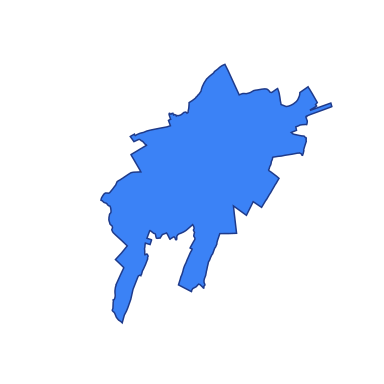 outline of Barlad, Vaslui, Romania, rotated 209°
{"feature_id": "2599482B4084623098698", "entity_name": "Barlad", "entity_type": "district", "adm_level": 2, "iso_a3": "ROU", "parent_name": "Romania", "parent_adm1": "Vaslui", "projection": "albers", "projection_center": [27.671, 46.233], "detail": "fine", "context": "isolated", "style": "filled", "palette": "blue", "viewbox_px": 384, "rotation_deg": 209, "n_neighbors": 0, "source": "geoboundaries", "source_scale": "gbopen_adm2", "svg_char_len": 6049}
<svg xmlns="http://www.w3.org/2000/svg" viewBox="0 0 384 384"><g transform="rotate(209 192 192)"><path d="M237.9,268.8L237.1,267.3L235.8,264.5L235.3,263.2L234.7,261.2L234.3,260.3L234.0,259.6L234.6,258.5L235.8,258.9L236.4,258.8L237.7,257.6L238.8,254.7L239.4,253.7L240.9,252.2L242.4,251.5L242.6,250.9L243.3,251.5L245.0,251.2L245.5,250.5L246.9,251.6L248.1,250.5L248.0,250.1L249.0,249.4L249.7,250.0L250.0,249.7L249.8,248.9L249.0,248.0L245.9,245.2L246.4,244.7L247.3,243.2L243.0,239.5L245.6,236.7L251.3,232.0L257.2,227.0L258.9,225.5L261.2,223.3L263.2,220.7L265.5,218.6L266.0,218.1L268.0,215.5L269.0,213.8L270.0,214.3L270.4,214.7L272.3,211.7L272.9,210.6L267.2,207.9L264.1,212.1L263.5,212.5L263.1,212.6L262.4,212.5L261.0,212.2L259.9,212.4L259.5,212.3L258.4,211.9L255.9,211.0L255.5,211.0L254.9,211.1L254.4,210.8L257.9,204.9L260.1,201.0L263.5,195.2L262.9,194.7L249.1,186.5L246.5,184.8L253.0,180.8L254.7,179.3L256.0,177.0L260.7,167.9L261.8,166.2L262.5,164.8L262.1,160.9L262.4,159.5L262.8,156.3L263.7,151.4L264.4,150.5L266.1,149.8L267.3,149.1L268.0,147.6L268.2,145.8L268.3,143.2L268.0,141.6L267.6,140.6L266.2,140.8L264.0,140.2L261.5,140.6L260.7,140.5L260.0,140.0L258.8,139.7L258.1,139.6L256.9,139.9L256.4,139.5L255.4,138.6L254.7,137.7L253.9,136.6L253.2,135.3L253.0,134.5L253.3,132.9L253.2,132.1L252.7,130.9L252.4,129.7L252.0,129.0L251.7,128.3L251.3,127.5L250.6,126.6L248.9,125.0L248.2,124.2L246.8,123.8L245.5,123.6L245.3,123.4L244.9,123.1L244.4,122.5L244.1,121.9L244.0,121.3L244.0,120.6L243.9,120.2L243.7,119.9L243.3,119.6L242.7,119.2L242.3,118.8L241.0,118.2L238.1,117.4L229.3,115.3L222.5,113.5L224.1,104.4L226.2,95.8L221.5,94.6L218.9,93.9L216.4,93.2L215.2,92.9L214.9,92.5L214.4,85.1L213.7,76.6L213.5,73.9L213.2,73.8L212.9,72.0L212.7,71.3L211.6,68.5L210.9,67.2L210.3,66.2L209.7,65.4L209.0,64.3L208.7,63.7L208.2,62.3L208.0,61.1L207.9,60.3L208.1,60.1L208.7,59.3L207.9,58.6L207.4,57.2L204.7,51.8L204.5,50.0L203.9,49.5L203.3,49.3L201.9,49.0L201.0,48.6L199.2,47.2L197.5,45.8L195.7,45.0L194.1,44.4L191.4,44.2L189.6,43.7L191.5,51.5L191.6,56.0L192.0,59.5L193.5,68.4L196.4,78.3L198.1,91.1L198.2,92.6L197.4,93.8L196.7,94.1L196.2,94.0L196.3,94.6L196.2,95.3L197.1,99.0L197.1,100.9L197.5,105.9L198.3,111.6L198.3,112.0L199.0,112.8L199.3,114.7L201.0,115.9L201.7,115.7L202.7,114.3L203.0,114.5L203.9,115.9L204.5,117.1L206.1,119.5L206.5,120.9L207.5,123.1L208.0,124.7L203.2,125.7L204.1,130.4L204.3,130.6L209.0,129.7L210.0,136.4L210.2,137.2L210.2,137.8L209.9,138.0L206.0,137.4L205.4,137.3L204.8,137.5L204.2,137.6L203.7,137.4L203.2,137.0L201.7,135.2L200.7,134.4L199.4,134.9L198.3,135.9L197.6,136.1L197.3,140.4L194.4,143.8L192.7,142.9L188.5,140.0L188.3,140.0L188.0,140.9L186.3,143.8L186.0,144.0L185.4,144.0L184.7,143.7L184.1,143.1L183.4,142.5L182.9,142.4L182.6,142.6L182.4,142.9L182.5,143.4L182.9,144.2L183.7,145.6L183.8,146.2L183.8,147.0L183.7,147.7L183.3,148.7L182.7,149.5L181.8,150.5L180.1,152.8L179.1,154.5L178.5,155.7L176.7,160.6L175.6,163.8L175.1,163.5L174.0,162.8L173.2,162.1L172.5,161.3L172.4,160.9L172.4,159.7L172.3,159.4L171.9,159.0L170.3,158.0L170.1,157.7L170.0,156.9L169.3,154.7L169.1,154.3L168.3,153.8L167.2,153.2L166.6,152.2L166.5,151.5L166.6,149.7L166.6,147.7L166.6,146.1L166.6,145.2L166.6,142.4L166.5,142.1L166.2,141.9L164.5,142.3L164.3,142.2L164.1,141.8L164.0,140.0L164.1,139.1L164.0,137.1L163.5,132.0L163.4,130.5L162.9,126.9L162.9,126.0L162.7,123.4L162.2,120.6L161.5,118.2L160.8,114.7L160.6,112.3L160.0,110.0L158.8,104.2L144.2,104.6L144.2,104.9L144.6,105.7L144.5,107.9L142.4,111.2L141.6,114.6L140.0,114.9L139.1,114.6L136.5,113.9L135.4,113.5L135.1,113.8L135.8,115.1L135.9,115.5L135.6,116.5L135.7,117.0L136.0,117.5L137.0,118.2L137.5,118.6L138.5,120.2L138.7,120.8L139.1,122.0L139.6,125.6L140.1,127.1L140.5,128.3L141.0,129.7L141.4,131.3L142.3,134.1L143.1,137.0L143.5,138.2L143.7,139.0L143.6,140.1L143.6,141.0L143.8,142.4L144.0,143.6L144.2,146.6L144.0,147.5L144.0,148.1L144.8,153.1L144.9,154.0L144.7,155.1L145.0,158.4L145.7,160.0L146.2,162.0L147.5,169.1L139.3,173.7L133.0,177.5L145.2,194.5L149.0,199.9L133.1,198.0L133.8,213.2L123.7,212.3L123.4,221.0L123.2,221.2L123.1,227.3L122.9,229.4L122.9,232.4L122.8,236.5L122.8,238.4L122.6,240.7L122.6,243.1L122.5,246.1L125.7,246.8L132.8,247.8L134.6,247.9L135.2,248.1L135.7,248.4L135.8,248.7L135.7,249.6L136.2,251.3L136.3,252.4L136.3,253.7L136.5,254.7L136.8,255.7L137.4,257.2L137.4,258.2L137.7,260.1L138.2,261.1L138.1,261.7L134.0,264.9L131.1,266.9L128.6,269.1L122.9,273.5L118.6,277.1L117.4,277.8L117.0,278.3L115.8,278.3L115.2,278.4L114.8,278.3L114.0,277.7L113.6,277.5L113.1,277.7L113.5,279.9L114.2,282.4L114.8,283.0L115.7,287.0L116.6,291.7L117.7,293.2L117.7,293.6L118.3,294.6L118.7,294.8L119.0,294.6L119.4,294.6L120.7,295.2L121.4,295.1L123.4,294.2L124.5,293.9L124.9,293.7L128.2,292.7L131.3,291.8L132.3,291.8L134.1,292.2L130.5,296.6L132.8,299.3L131.4,300.9L129.9,303.0L128.2,304.3L125.1,306.3L124.4,306.5L124.5,307.3L125.1,309.0L125.6,310.0L128.6,312.6L128.8,313.0L128.2,313.6L128.6,313.9L125.9,317.3L116.4,328.2L111.2,334.3L111.1,334.5L113.7,337.1L127.9,321.0L128.3,321.4L127.7,322.3L126.3,324.6L124.7,327.6L126.3,328.3L125.8,331.0L134.0,336.0L139.0,338.9L140.6,339.7L141.5,340.3L145.9,331.3L145.3,330.1L144.8,328.6L144.6,327.9L144.5,326.6L144.3,324.9L144.3,323.5L144.6,321.7L145.9,318.5L146.4,317.6L147.3,316.2L147.9,315.4L149.4,313.7L151.1,312.4L156.5,311.7L156.8,312.1L159.1,314.8L160.8,317.1L163.7,320.7L165.0,322.0L167.3,324.0L167.8,323.2L168.8,321.2L170.2,318.3L170.8,317.5L171.5,317.3L171.9,317.2L172.7,317.3L173.3,317.7L175.0,318.2L176.2,318.3L177.3,318.0L178.8,317.2L180.9,315.7L184.6,312.7L185.6,312.0L187.2,310.6L189.0,307.6L189.7,306.7L191.1,305.3L192.2,304.3L194.2,303.4L195.4,302.7L196.9,301.0L197.8,299.8L219.4,315.7L225.1,319.6L226.9,317.2L228.0,315.1L228.6,313.5L229.0,312.2L229.9,310.1L230.8,308.2L230.7,307.2L231.0,306.0L231.8,304.2L232.8,301.7L234.0,297.9L234.3,293.8L234.3,292.6L234.2,291.4L234.1,289.4L233.6,286.6L233.0,284.6L233.3,281.2L233.6,280.3L233.9,279.1L233.9,278.3L234.5,276.7L234.4,276.1L234.7,275.3L235.1,274.3L236.2,271.9L237.9,268.8Z" fill="#3b82f6" stroke="#1e3a8a" stroke-width="1.5"/></g></svg>